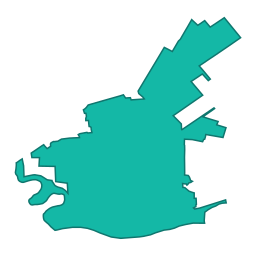 Turnu Magurele, Teleorman, Romania
{"feature_id": "2599482B11362496052872", "entity_name": "Turnu Magurele", "entity_type": "district", "adm_level": 2, "iso_a3": "ROU", "parent_name": "Romania", "parent_adm1": "Teleorman", "projection": "robinson", "projection_center": [24.842, 43.779], "detail": "fine", "context": "isolated", "style": "filled", "palette": "teal", "viewbox_px": 256, "rotation_deg": 0, "n_neighbors": 0, "source": "geoboundaries", "source_scale": "gbopen_adm2", "svg_char_len": 4229}
<svg xmlns="http://www.w3.org/2000/svg" viewBox="0 0 256 256"><path d="M223.0,137.5L226.0,127.7L216.7,124.8L218.1,121.5L209.4,118.9L202.9,116.8L214.6,108.6L214.0,107.9L181.9,129.7L181.6,129.3L181.3,123.9L173.2,115.7L202.7,95.2L191.1,81.5L202.3,74.0L208.3,80.6L210.3,79.1L203.9,71.4L199.2,65.9L210.0,58.6L213.2,56.5L227.0,47.1L233.1,42.9L240.6,37.7L239.8,36.7L224.7,18.2L224.3,17.7L221.8,19.4L213.7,24.8L210.2,27.1L204.7,20.6L197.8,25.3L192.4,20.3L191.7,19.6L187.6,26.8L185.4,30.5L180.3,39.3L178.4,41.1L172.3,51.5L168.3,49.4L164.3,47.4L156.8,60.0L138.1,91.1L138.8,93.6L142.7,96.9L144.3,98.9L143.9,99.0L132.2,99.8L131.1,99.9L130.4,97.7L125.6,98.0L123.4,94.8L120.0,95.9L91.9,103.9L88.2,105.0L86.3,107.5L84.8,108.9L83.4,109.8L84.5,113.3L85.9,113.3L86.2,114.7L86.4,116.5L85.8,118.3L85.8,120.6L88.5,120.5L88.7,123.2L89.1,126.5L90.3,126.7L91.1,127.4L91.2,129.3L91.9,132.6L87.7,133.0L87.1,132.4L86.8,132.4L79.8,133.7L78.2,134.6L79.4,136.6L79.5,137.6L69.5,138.1L61.5,139.1L59.7,140.1L57.9,141.2L56.9,141.3L55.2,141.5L54.4,141.6L53.7,141.5L53.1,141.7L52.0,142.3L51.4,142.6L51.1,142.9L50.8,143.1L50.7,143.4L50.5,143.8L50.5,144.5L50.5,145.1L50.7,146.1L50.4,146.5L49.7,146.9L47.1,148.6L44.7,146.0L43.7,144.7L42.2,145.6L36.8,149.3L34.0,151.2L32.6,152.1L31.2,153.1L31.7,156.3L31.9,157.6L39.5,157.6L39.1,164.1L39.0,166.1L55.1,166.4L55.7,181.6L67.3,183.2L67.9,193.3L65.6,190.7L62.3,188.3L57.7,187.0L55.0,185.6L52.0,181.1L52.0,180.5L47.2,179.8L43.0,177.1L40.8,175.8L34.9,174.8L33.1,174.9L24.0,176.7L23.6,165.8L22.8,161.9L22.5,160.4L22.2,158.9L19.5,160.6L18.2,161.6L17.2,162.3L16.2,162.9L16.3,163.4L16.3,164.1L16.3,165.0L16.2,166.6L16.1,167.3L16.1,167.9L16.0,168.6L15.9,169.3L15.8,170.1L15.6,171.0L15.4,172.6L15.5,173.0L15.9,174.2L16.0,174.4L16.3,174.7L16.7,175.2L17.3,176.0L17.4,176.4L17.6,176.9L17.8,178.1L18.2,179.4L18.4,179.9L18.5,180.2L18.8,180.5L19.0,180.7L19.7,181.3L20.2,181.6L20.7,181.8L21.4,182.1L21.8,182.2L22.3,182.3L22.8,182.3L23.5,182.3L24.5,182.0L28.0,180.9L30.6,180.2L32.7,179.8L34.2,179.7L35.2,179.7L35.9,179.7L36.6,179.9L38.4,180.6L39.4,181.1L40.4,181.7L41.0,182.5L41.4,183.6L41.8,184.9L41.8,185.6L41.7,186.7L41.6,187.4L41.4,188.2L40.9,189.4L38.8,192.3L38.2,192.9L37.6,193.4L36.2,194.1L35.3,194.5L34.4,194.8L33.6,195.3L33.1,195.8L32.4,196.8L31.9,197.4L30.8,198.4L30.3,198.8L29.7,199.1L29.4,199.4L29.1,199.9L28.9,200.3L28.9,200.8L28.9,201.3L29.0,202.0L29.6,203.2L30.2,204.0L30.6,204.4L31.0,204.7L31.4,204.8L32.0,204.9L32.7,204.9L34.1,204.6L35.8,204.5L37.4,204.5L39.4,204.2L42.0,203.7L42.7,203.5L43.7,202.8L45.2,201.7L46.4,200.7L47.1,199.6L48.3,197.6L49.1,196.7L49.8,195.8L50.7,194.9L51.5,194.3L52.3,193.8L52.9,193.5L53.7,193.3L54.4,193.3L56.9,193.8L57.2,193.9L57.5,194.0L57.9,194.0L58.6,194.1L59.1,194.2L59.9,194.1L61.2,193.9L61.8,193.9L62.2,194.0L63.0,194.3L63.6,194.6L64.0,194.9L64.2,195.3L64.3,195.5L64.4,196.2L64.5,197.1L64.6,198.5L64.7,199.3L64.6,200.3L64.3,201.4L64.0,202.2L63.7,203.1L63.3,203.6L62.8,204.1L62.1,204.6L61.5,205.0L60.5,205.3L59.1,205.7L58.3,205.7L56.9,206.0L53.9,206.7L52.3,207.1L51.3,207.6L50.0,208.2L48.8,209.0L47.6,209.9L46.1,211.1L45.7,211.6L45.1,212.5L44.5,213.2L44.1,213.6L43.7,213.9L43.5,214.1L43.4,214.5L43.4,214.9L43.3,215.6L43.4,217.2L43.6,218.6L44.1,220.1L45.0,221.1L45.8,221.8L46.8,222.7L48.4,224.0L51.0,226.9L55.0,230.3L56.9,230.0L62.6,228.6L72.6,227.3L80.6,227.3L87.5,228.3L93.9,230.3L99.9,232.9L106.0,235.1L111.2,237.0L120.8,238.3L132.6,237.4L139.3,236.9L143.6,236.3L149.0,235.1L150.5,234.8L155.5,232.8L164.1,230.1L169.8,229.4L174.5,228.1L179.3,226.0L185.1,224.6L186.6,224.3L193.2,223.1L204.6,223.2L204.2,220.9L204.8,212.2L208.3,209.6L212.1,207.4L215.8,206.0L218.9,204.1L222.2,203.2L226.2,202.9L225.6,199.9L199.6,208.1L194.7,209.0L194.1,208.5L193.5,207.9L195.9,206.6L195.9,204.7L196.4,204.4L196.2,200.1L196.1,198.3L194.2,198.3L194.2,195.6L194.2,192.9L191.8,192.2L188.9,191.1L184.8,187.6L182.9,187.4L182.6,183.5L184.9,183.9L186.2,183.9L186.9,185.1L187.6,184.6L188.3,183.7L188.9,182.9L190.8,182.4L192.4,181.3L190.6,180.5L190.3,179.5L189.4,177.1L188.3,175.5L184.6,175.0L184.7,172.5L184.6,164.3L184.5,157.2L184.7,149.6L184.6,145.3L184.3,144.7L184.5,139.2L192.3,139.6L202.6,141.7L203.7,139.4L204.7,139.2L205.4,136.8L205.8,134.5L223.0,137.5Z" fill="#14b8a6" stroke="#0f766e" stroke-width="1.5"/></svg>